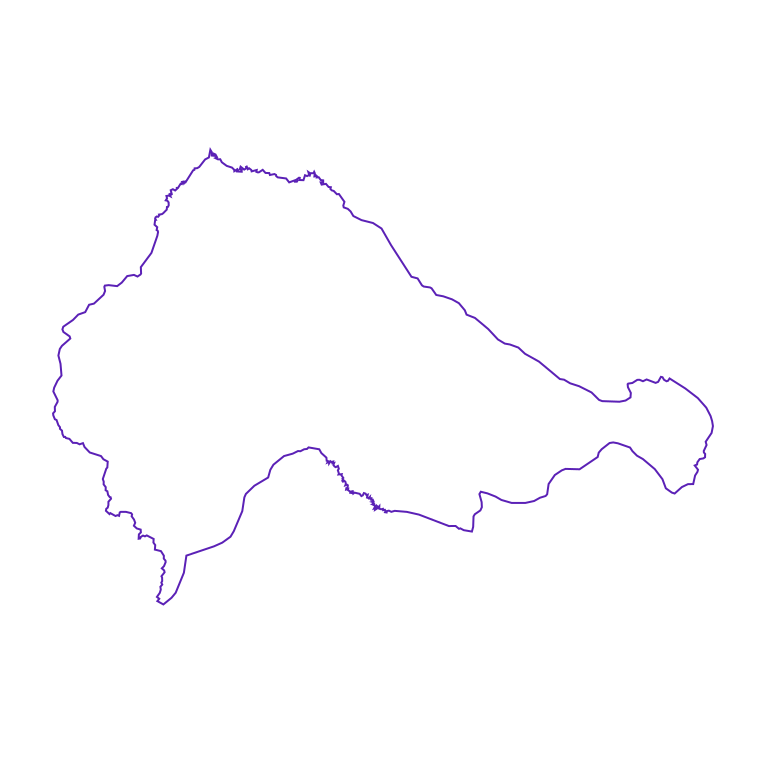 the district of Khamkeuth, Bolikhamxai, Laos, rotated 182°
{"feature_id": "54806243B83345748269493", "entity_name": "Khamkeuth", "entity_type": "district", "adm_level": 2, "iso_a3": "LAO", "parent_name": "Laos", "parent_adm1": "Bolikhamxai", "projection": "orthographic", "projection_center": [104.952, 18.216], "detail": "fine", "context": "isolated", "style": "outline", "palette": "violet", "viewbox_px": 768, "rotation_deg": 182, "n_neighbors": 0, "source": "geoboundaries", "source_scale": "gbopen_adm2", "svg_char_len": 6138}
<svg xmlns="http://www.w3.org/2000/svg" viewBox="0 0 768 768"><g transform="rotate(182 384 384)"><path d="M602.9,159.1L596.8,156.0L588.9,162.9L584.9,168.1L577.4,188.4L575.5,205.6L548.3,215.8L540.1,219.8L532.1,226.0L529.0,231.6L521.2,252.0L519.6,265.8L518.2,269.3L510.0,277.8L496.5,286.5L494.6,294.3L491.7,299.5L481.4,308.5L472.8,311.2L467.6,314.0L465.2,313.9L461.5,316.0L458.7,316.4L457.2,318.0L446.4,316.5L444.2,312.8L439.0,308.4L438.6,305.3L437.1,304.9L437.7,303.6L436.3,304.3L436.1,302.7L434.8,304.9L433.8,304.2L432.2,304.7L432.6,303.2L431.0,303.5L431.8,301.4L430.5,299.8L429.3,299.2L427.2,300.5L426.2,297.7L427.1,296.1L425.9,292.9L426.3,292.0L423.1,292.4L423.4,291.3L421.4,288.7L422.2,287.8L421.6,287.0L422.3,285.8L421.6,285.0L420.5,286.0L419.2,285.0L418.6,282.8L419.1,281.4L417.5,282.1L416.6,281.5L416.8,278.8L418.0,278.6L418.2,277.2L416.2,277.9L416.4,276.8L413.9,275.2L414.0,274.1L411.9,273.9L412.3,275.6L411.5,275.8L410.9,273.4L409.7,274.4L404.5,273.4L402.7,271.2L401.3,272.0L400.3,274.3L398.6,273.8L397.6,272.3L396.4,272.8L397.0,269.9L395.3,269.4L394.3,270.5L394.5,269.1L393.8,269.3L393.1,268.3L393.4,269.2L392.6,269.4L392.6,267.8L391.2,268.0L390.4,266.3L391.7,265.8L391.0,265.6L391.1,264.4L389.4,264.9L390.0,264.4L389.6,263.2L390.8,263.0L388.3,261.8L389.6,259.2L388.2,259.7L388.5,258.0L385.9,259.8L386.4,261.5L385.3,260.6L384.4,261.7L384.4,259.2L382.5,258.7L380.7,259.2L380.5,257.9L378.7,258.3L378.0,257.1L378.5,255.9L376.9,255.7L376.7,257.1L374.7,257.6L372.2,256.5L368.9,257.6L356.7,257.0L344.5,254.7L314.2,244.3L307.5,244.6L304.0,241.9L302.7,242.4L299.2,240.7L291.0,239.6L289.9,244.3L289.9,254.8L288.7,257.0L283.3,261.0L281.9,264.3L282.3,269.3L284.8,277.3L283.5,279.7L276.8,278.3L268.6,275.4L262.6,272.2L252.3,269.6L238.5,270.1L229.9,272.3L224.1,275.8L218.6,277.7L217.1,279.5L216.0,289.8L210.1,299.0L203.3,303.9L199.6,305.5L185.6,305.6L167.9,318.5L167.0,322.9L164.2,326.4L156.5,332.9L152.9,333.6L148.2,332.9L135.9,329.1L133.4,325.6L128.7,321.2L122.6,318.0L110.4,308.4L102.4,298.6L98.7,289.6L92.5,285.5L89.7,284.7L82.7,291.4L76.8,294.5L71.5,294.8L69.9,303.4L67.7,307.1L67.2,309.3L70.6,313.4L68.3,314.5L68.1,316.7L65.9,320.0L62.2,320.8L60.6,322.0L60.6,325.3L61.9,326.7L62.1,328.2L59.5,334.3L60.5,337.5L54.9,346.5L53.8,353.4L54.8,358.4L56.5,363.4L61.1,371.6L69.9,380.9L82.8,390.1L98.8,399.5L100.3,397.1L101.7,396.6L104.3,398.0L105.9,400.5L107.5,400.8L110.1,395.7L112.6,394.6L121.7,397.7L125.3,395.8L128.7,397.1L131.0,397.0L135.8,393.7L140.0,392.9L140.5,392.3L140.1,389.3L137.0,383.7L137.2,379.2L142.0,375.9L148.1,374.5L165.3,374.5L168.5,375.6L176.3,382.8L188.9,388.6L198.0,391.2L204.2,394.6L208.4,395.1L229.9,411.8L244.1,419.1L251.0,425.1L259.6,427.9L264.7,428.6L271.7,432.5L281.8,442.6L295.4,453.2L303.9,456.2L305.8,460.5L312.0,467.4L319.0,471.0L327.8,473.7L334.9,474.8L339.8,481.3L341.4,482.1L347.7,482.8L349.5,483.9L354.1,490.7L360.3,492.1L381.8,523.0L391.9,539.3L400.6,544.5L412.2,547.0L420.5,550.8L423.4,555.3L426.3,557.8L430.4,559.1L430.9,560.9L429.9,564.7L435.7,572.3L437.7,572.0L441.0,575.2L443.0,575.7L444.4,577.1L444.0,578.8L446.3,579.0L449.0,582.0L453.3,581.1L454.3,583.3L451.8,583.4L451.9,585.4L454.3,585.6L456.4,588.3L458.2,588.1L457.9,589.0L459.8,590.6L460.0,589.1L460.8,589.0L460.5,592.2L461.2,593.6L461.8,592.2L465.3,592.1L467.0,593.2L466.5,591.7L465.2,590.8L465.5,589.6L466.8,589.9L468.1,589.1L470.2,589.9L471.6,584.9L475.6,584.9L475.4,587.1L476.1,587.2L478.4,585.4L477.6,584.1L478.1,583.2L480.1,583.1L480.1,584.5L485.8,582.2L489.0,586.0L497.4,586.8L499.0,588.0L499.2,589.2L500.8,590.0L505.3,588.9L506.0,590.8L509.8,590.8L512.7,593.8L516.4,591.2L517.7,591.1L519.0,591.6L518.7,593.4L523.7,591.9L524.1,593.3L526.4,594.9L527.6,593.9L528.8,596.5L529.5,596.1L529.2,594.7L531.2,593.4L534.9,596.2L535.6,593.7L533.7,593.0L533.6,591.2L538.6,591.3L538.8,592.2L537.5,592.6L538.1,593.6L541.0,591.5L541.2,592.9L543.5,595.0L548.8,596.5L553.8,599.9L555.5,602.9L557.7,602.7L560.4,603.9L558.8,604.8L560.4,607.5L563.3,608.7L561.1,606.1L564.1,606.3L564.2,609.7L565.7,612.0L566.9,604.3L570.6,602.2L576.2,594.5L578.2,593.2L580.8,592.9L581.0,591.4L582.2,590.9L589.3,578.8L589.8,579.3L590.9,577.6L591.5,579.3L592.9,578.9L592.4,577.7L593.0,576.7L594.2,577.1L596.8,572.7L597.9,572.7L597.8,571.7L599.5,570.1L601.8,571.3L603.9,570.2L602.7,566.3L603.5,565.7L604.3,566.6L605.0,566.2L604.0,564.1L605.5,564.8L608.0,564.3L607.3,562.0L608.5,559.9L606.9,559.6L605.6,558.0L605.4,555.1L606.1,553.5L607.1,553.3L607.2,550.7L610.7,546.9L611.9,546.0L614.7,545.5L614.4,544.8L615.6,543.2L616.9,543.5L618.1,542.6L618.5,541.4L617.8,540.2L618.4,540.2L618.9,535.2L616.1,532.8L616.6,529.9L615.6,529.4L615.1,528.0L615.7,524.2L621.0,506.9L631.1,492.3L630.6,485.9L631.2,484.9L634.1,482.8L637.7,484.3L644.4,482.9L649.6,476.2L654.1,472.5L662.6,473.2L666.4,472.6L666.9,471.3L666.0,467.2L667.4,463.4L676.7,454.2L681.5,452.9L685.1,445.4L692.0,442.7L697.0,437.2L706.5,430.1L707.3,427.4L706.2,424.8L699.8,420.6L699.1,418.5L707.2,410.9L709.2,407.7L710.4,401.1L708.0,392.9L706.6,381.2L710.4,375.9L713.5,368.8L714.2,365.0L709.6,356.4L709.6,354.8L712.2,349.6L711.9,345.3L713.7,343.1L713.4,341.1L711.7,337.3L710.0,336.6L708.0,331.5L706.3,329.5L706.3,327.9L704.2,326.2L703.6,322.7L702.1,319.9L700.7,320.0L700.0,318.9L696.5,318.2L692.9,314.3L689.0,314.4L686.1,313.1L682.8,314.4L681.1,310.6L675.7,305.3L664.3,302.1L661.8,299.0L657.4,296.8L657.6,290.9L658.6,289.7L661.7,279.2L660.7,276.6L660.7,273.9L658.5,271.2L658.5,268.1L656.7,267.1L655.9,263.6L654.2,261.4L653.3,261.3L652.8,259.8L655.3,256.7L655.2,253.4L655.8,250.8L657.2,249.6L657.5,247.6L653.8,244.4L653.0,245.4L647.7,242.7L645.8,243.6L644.2,243.0L643.6,246.4L642.7,247.0L637.4,247.2L632.2,246.1L631.2,244.9L631.6,243.0L629.1,239.8L627.8,236.6L629.0,233.6L626.0,231.0L622.1,230.0L621.8,227.2L623.7,225.2L623.8,220.8L622.3,221.1L621.7,222.7L619.6,224.1L617.6,223.4L615.8,224.4L608.8,221.1L608.9,217.5L607.0,215.0L607.2,210.5L601.1,209.2L598.0,204.7L598.0,201.8L596.2,199.8L596.0,198.4L597.5,194.3L599.6,192.0L597.2,190.0L596.7,188.2L599.7,184.1L599.0,182.8L598.8,179.3L599.6,177.7L598.6,175.8L600.4,173.6L599.9,170.7L600.8,167.4L603.5,163.3L601.1,161.5L602.9,159.1Z" fill="none" stroke="#5b21b6" stroke-width="2"/></g></svg>